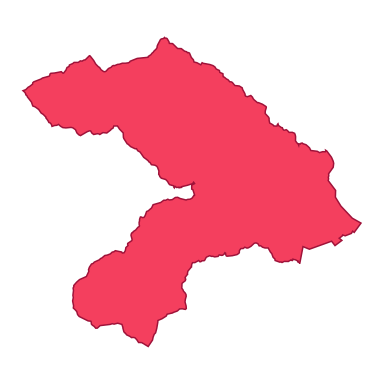 Vanatori-Neamt, Neamt, Romania
{"feature_id": "2599482B39139514259445", "entity_name": "Vanatori-Neamt", "entity_type": "district", "adm_level": 2, "iso_a3": "ROU", "parent_name": "Romania", "parent_adm1": "Neamt", "projection": "albers", "projection_center": [26.196, 47.223], "detail": "fine", "context": "isolated", "style": "filled", "palette": "rose", "viewbox_px": 384, "rotation_deg": 0, "n_neighbors": 0, "source": "geoboundaries", "source_scale": "gbopen_adm2", "svg_char_len": 5906}
<svg xmlns="http://www.w3.org/2000/svg" viewBox="0 0 384 384"><path d="M73.3,308.0L75.6,310.2L76.8,311.7L77.6,314.6L79.2,316.5L88.1,320.9L90.8,321.2L91.2,322.1L91.4,324.1L92.4,325.2L94.2,326.4L95.7,328.2L97.4,328.1L100.1,325.6L110.3,324.4L112.2,323.7L114.1,324.1L117.7,323.2L121.9,324.4L122.9,327.4L122.9,328.1L123.8,331.5L124.5,332.7L125.1,332.9L126.7,334.9L129.8,336.3L131.5,337.6L133.1,337.4L134.8,337.7L136.7,339.6L138.6,342.5L141.7,342.6L148.2,346.5L152.5,340.1L153.1,337.2L154.2,334.3L155.6,332.8L156.7,328.6L157.8,322.3L157.9,320.5L162.1,318.7L166.3,316.0L167.1,314.2L172.8,312.9L173.1,312.5L176.6,311.3L177.5,310.9L179.5,309.0L182.2,308.8L185.3,309.4L186.3,308.6L186.1,305.9L185.0,301.9L185.4,299.2L186.2,296.3L186.0,294.5L185.1,292.9L183.5,291.2L183.0,289.8L181.8,288.2L182.0,283.6L182.3,283.1L185.3,280.7L185.7,279.3L185.3,279.1L185.4,278.1L185.1,277.4L187.6,274.2L187.4,273.9L187.8,271.3L191.0,267.4L191.3,266.5L191.5,266.6L191.7,264.5L192.5,262.7L194.9,262.6L198.7,260.5L199.7,261.7L200.1,261.8L201.0,261.6L201.9,260.8L204.1,260.7L204.8,260.1L206.1,257.5L206.7,257.0L209.7,255.7L211.5,256.4L212.8,256.3L214.7,256.9L218.1,256.4L219.2,254.9L221.8,255.4L222.7,255.2L224.0,254.2L224.9,252.7L225.6,253.2L225.6,254.4L226.3,255.9L227.0,256.2L232.3,255.7L237.0,254.6L238.8,253.4L239.3,252.7L239.4,250.6L240.8,248.6L243.2,248.5L244.8,247.2L247.0,248.1L248.4,247.8L251.0,246.3L254.2,243.3L256.0,242.9L257.8,243.6L259.2,245.9L260.6,245.7L262.5,247.2L265.1,248.0L268.2,248.0L270.3,251.9L271.8,253.7L273.1,257.3L274.9,259.0L275.1,260.5L279.6,262.1L281.2,262.0L282.0,262.5L284.3,261.4L288.3,261.5L291.0,259.9L291.1,260.3L292.4,260.5L293.0,259.1L293.6,259.6L295.0,259.6L298.0,261.1L297.7,261.5L297.8,261.9L299.4,262.6L299.7,263.8L303.0,246.6L309.4,249.2L331.6,241.2L335.0,245.6L341.9,240.4L339.2,238.2L342.0,236.2L342.7,235.0L345.2,235.8L351.4,233.4L352.7,231.2L354.2,232.4L361.0,223.1L352.3,218.2L340.9,206.1L335.4,197.2L335.6,190.4L328.2,180.6L328.6,178.8L328.3,177.2L328.8,175.9L328.6,173.8L333.2,167.3L333.7,163.4L333.2,161.2L331.5,157.3L326.8,151.0L325.7,150.3L325.9,151.2L325.5,151.7L322.6,151.7L319.5,152.6L317.3,151.3L310.8,150.5L309.6,148.0L308.2,146.6L306.0,144.7L302.9,143.7L302.4,143.1L301.0,143.2L300.4,144.0L298.9,143.8L298.7,145.2L298.3,144.2L296.7,142.6L295.5,140.8L295.6,136.7L295.3,135.1L294.6,133.3L292.2,132.3L289.1,132.4L287.4,130.5L286.2,129.7L284.7,130.2L283.8,130.1L283.1,129.5L282.3,127.7L281.5,127.6L279.0,125.9L278.4,125.2L278.0,123.8L277.4,124.5L277.0,126.0L275.9,126.1L273.8,125.9L272.9,124.8L269.7,123.0L269.1,120.2L269.1,118.3L268.6,117.2L265.2,113.5L265.3,110.9L266.3,107.6L266.1,106.6L262.4,104.2L258.4,102.6L257.5,102.7L254.1,99.8L253.1,98.6L252.5,97.2L250.8,95.5L247.4,96.7L245.5,96.1L245.1,95.2L245.1,94.3L244.7,93.3L242.6,89.4L242.2,87.8L239.3,86.0L234.8,85.5L232.3,82.4L231.0,81.8L229.8,81.8L227.9,79.6L226.6,79.1L224.4,77.2L223.2,76.7L222.9,73.7L219.8,72.4L219.4,70.5L216.2,69.0L214.9,66.9L213.0,65.6L209.8,64.5L203.2,63.3L202.1,62.7L200.8,64.8L196.9,62.7L194.0,62.0L193.4,59.8L191.3,57.4L189.5,53.1L188.6,52.6L187.5,52.7L186.6,51.7L184.6,51.2L181.3,48.6L177.6,48.5L172.6,43.6L169.4,43.4L168.9,41.6L167.1,38.6L166.4,38.2L164.9,38.1L164.5,37.5L163.5,38.5L161.5,38.9L160.5,39.5L157.8,44.6L157.1,46.3L157.2,47.3L156.3,48.9L153.8,51.3L153.2,52.3L152.1,53.1L150.9,54.7L148.3,56.4L148.3,56.9L147.9,57.3L137.2,58.4L130.2,61.2L129.5,62.2L128.4,62.8L125.5,63.2L122.3,63.2L119.5,64.2L117.5,64.4L114.7,65.6L113.3,65.5L112.3,66.0L111.1,67.3L108.5,68.5L105.9,71.3L104.9,71.7L103.7,71.6L101.1,69.8L99.6,67.5L98.2,66.6L95.7,64.0L93.7,60.5L90.8,56.8L89.8,55.7L89.3,55.8L85.3,59.8L83.8,60.1L82.1,61.1L80.3,60.9L78.3,62.4L74.1,62.4L72.8,63.5L69.4,65.0L69.0,66.5L67.0,67.5L66.0,70.0L63.6,73.1L62.7,73.0L61.3,71.7L54.6,73.0L50.8,73.3L50.0,74.0L49.7,75.6L49.1,76.2L42.5,78.0L40.8,79.1L33.8,81.8L32.8,82.7L32.5,84.3L32.0,84.6L29.4,86.6L28.3,87.1L25.8,89.6L23.0,90.7L24.9,92.4L25.6,93.7L25.8,94.8L27.0,95.8L27.4,96.9L31.4,102.0L32.8,106.0L35.2,106.9L38.7,109.5L41.2,113.1L43.1,114.3L45.9,117.1L45.9,117.9L47.9,120.5L48.9,122.5L50.1,122.9L51.4,124.4L52.0,126.4L54.6,125.5L56.8,125.3L58.5,124.4L60.5,126.2L62.8,127.6L65.9,127.9L71.1,127.4L72.8,127.8L75.5,129.7L76.9,132.9L78.8,134.8L80.5,135.6L87.2,131.7L89.6,130.8L90.7,131.0L91.8,133.0L93.7,134.5L97.3,133.7L98.9,133.9L99.8,134.5L102.9,132.6L106.8,133.0L110.7,130.0L111.2,129.2L113.0,128.2L113.8,126.0L117.5,126.0L119.5,129.1L123.2,132.9L123.4,137.3L123.8,138.5L127.2,143.8L128.2,144.3L130.6,146.6L135.2,148.8L136.5,148.7L137.7,150.7L140.1,152.1L143.7,157.3L148.2,160.7L148.7,161.7L150.0,162.5L151.4,164.7L154.9,165.2L156.7,166.2L157.5,167.3L158.9,171.0L158.7,174.3L159.3,175.2L159.9,176.7L161.3,178.2L165.7,179.5L167.6,181.5L168.8,183.7L169.7,184.7L173.6,185.8L173.9,186.2L173.8,187.1L174.3,187.8L174.8,186.4L175.5,186.5L175.6,186.9L176.5,187.5L179.0,187.2L179.1,187.8L181.5,187.4L181.3,186.8L181.9,186.6L187.4,185.3L192.6,183.6L193.6,182.2L194.6,183.6L191.7,185.1L191.7,189.1L192.9,189.8L194.6,195.1L194.4,195.5L193.9,195.4L192.2,198.0L190.2,199.2L187.6,199.4L186.1,200.0L180.1,198.5L177.7,197.3L175.3,197.5L172.3,199.6L169.4,200.0L167.8,199.2L165.6,200.3L163.8,200.2L160.7,202.5L153.1,204.7L151.6,207.9L148.1,210.9L146.6,211.5L145.2,215.5L144.0,217.4L142.6,217.6L140.9,216.9L140.4,217.0L139.6,219.2L139.5,221.0L139.1,222.4L139.2,224.8L139.5,225.9L139.2,226.5L137.9,227.3L135.7,230.0L133.2,231.6L132.7,232.6L131.8,232.9L131.2,234.1L131.0,235.4L132.1,239.4L131.8,240.6L127.7,243.4L127.6,244.2L128.0,245.6L125.9,247.5L125.3,250.7L124.0,252.8L122.5,253.0L122.0,252.7L121.7,252.0L115.3,250.7L113.8,251.8L112.2,252.1L110.3,253.9L107.2,255.1L104.8,255.5L101.7,258.1L100.6,258.5L99.3,259.8L94.3,262.1L93.2,263.4L91.5,264.0L89.4,267.2L88.5,269.7L88.8,271.4L86.4,276.5L79.5,279.6L76.6,282.2L73.8,285.4L73.8,286.7L73.1,288.1L73.5,290.5L72.9,295.3L73.3,297.7L72.6,300.9L73.6,305.9L73.3,308.0Z" fill="#f43f5e" stroke="#9f1239" stroke-width="1.5"/></svg>